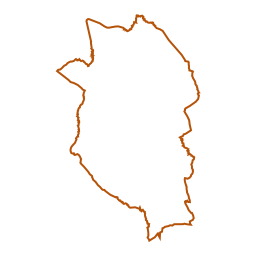 Sør-Odal nor, Hedmark, Norway (Mercator projection)
{"feature_id": "86288312B58904882216706", "entity_name": "Sør-Odal nor", "entity_type": "district", "adm_level": 2, "iso_a3": "NOR", "parent_name": "Norway", "parent_adm1": "Hedmark", "projection": "mercator", "projection_center": [11.753, 60.212], "detail": "fine", "context": "isolated", "style": "outline", "palette": "amber", "viewbox_px": 256, "rotation_deg": 0, "n_neighbors": 0, "source": "geoboundaries", "source_scale": "gbopen_adm2", "svg_char_len": 5712}
<svg xmlns="http://www.w3.org/2000/svg" viewBox="0 0 256 256"><path d="M192.0,213.0L191.1,212.9L188.7,210.1L187.3,206.9L185.6,204.0L185.0,202.1L185.0,201.6L185.4,201.2L185.9,201.0L186.5,201.6L187.2,200.8L187.8,201.7L188.4,202.0L189.9,202.1L189.7,200.2L189.0,198.2L188.5,195.6L187.0,192.3L186.9,191.3L187.0,191.0L186.6,189.5L186.6,186.7L186.1,185.8L186.2,185.3L185.8,184.7L184.9,181.4L184.7,179.0L185.0,178.1L187.7,178.7L189.6,177.7L190.8,176.4L191.1,175.0L192.4,173.6L193.0,171.2L192.7,170.2L192.9,169.9L191.9,168.0L192.0,166.3L191.3,164.4L192.2,162.9L192.7,160.2L193.8,159.4L194.2,157.2L193.7,156.7L192.7,156.6L192.1,155.7L191.4,155.7L191.4,155.2L190.1,154.1L188.6,154.5L188.9,153.8L188.5,153.4L188.9,153.3L188.6,152.7L188.8,152.2L187.7,151.3L187.8,151.1L187.5,150.7L188.3,150.4L188.0,150.0L188.3,149.2L187.8,149.1L187.2,148.4L184.4,147.4L183.8,146.2L182.9,145.8L183.7,145.1L183.4,144.5L183.5,144.0L183.4,143.4L182.4,143.2L182.3,142.1L182.0,141.8L182.1,141.5L181.9,140.9L182.4,140.7L182.6,140.1L182.4,139.0L181.2,139.5L181.2,138.7L179.9,137.4L182.9,136.0L183.8,134.3L185.6,133.8L191.0,130.3L189.6,124.1L189.2,120.3L187.3,116.3L184.4,111.5L185.1,110.0L184.9,109.3L185.5,108.4L189.9,105.9L195.8,101.7L198.1,99.1L198.9,95.5L198.4,95.1L198.3,94.5L197.8,93.8L198.4,92.7L198.9,92.6L198.5,92.1L198.3,91.0L197.2,89.2L197.5,88.4L196.8,86.7L196.7,85.7L196.1,85.2L195.3,83.7L195.3,82.3L195.0,81.4L193.2,78.4L192.1,75.7L192.3,75.3L192.3,73.1L192.9,71.9L192.6,71.7L192.6,71.3L189.4,70.4L189.5,69.5L189.1,68.8L188.9,67.8L189.0,65.8L188.7,64.7L188.7,62.3L188.4,61.7L185.3,61.1L184.8,59.7L181.7,54.9L168.8,40.1L162.7,30.9L160.0,29.3L156.6,28.1L155.2,26.6L155.3,26.0L154.6,25.8L154.5,25.4L153.9,25.1L154.1,24.7L153.2,24.1L153.2,23.4L153.1,22.7L152.8,22.5L152.2,22.4L151.3,23.0L150.7,22.5L149.0,22.8L147.5,22.3L147.0,21.6L145.8,21.6L145.5,20.7L144.6,20.5L144.6,19.7L144.0,19.7L144.2,19.2L143.9,19.2L143.7,18.4L143.1,18.4L143.1,17.8L142.9,17.8L142.9,17.3L143.3,16.7L142.2,15.7L141.0,16.0L140.5,16.5L140.0,16.1L138.7,16.5L138.1,16.3L138.0,15.5L136.7,15.4L136.5,15.9L136.6,17.2L136.0,18.5L136.2,19.9L135.9,20.6L135.9,21.8L136.2,22.6L134.1,22.2L133.9,23.7L133.5,24.8L131.9,25.8L132.2,26.2L132.2,26.8L132.4,26.9L131.3,28.2L131.3,29.1L130.6,29.5L129.8,29.3L129.4,30.2L127.6,31.2L127.1,31.1L126.9,30.4L126.1,29.9L125.4,30.2L125.3,29.5L124.6,28.9L123.9,29.2L124.0,28.5L123.2,27.8L118.4,26.4L115.6,26.5L108.9,27.7L107.0,27.6L104.5,26.4L99.8,23.3L88.9,19.1L87.8,19.2L86.7,20.1L86.5,21.4L91.1,41.7L90.9,42.1L91.0,43.4L91.7,48.1L91.3,48.6L92.5,50.1L92.9,50.0L93.1,50.6L92.3,51.3L92.9,51.5L92.7,52.0L92.8,52.4L92.4,52.4L92.6,52.7L92.3,52.9L92.6,53.3L92.0,53.8L92.4,53.9L92.4,54.2L92.6,54.4L92.3,54.8L92.8,54.6L92.8,55.0L92.5,55.2L92.9,55.5L92.6,55.6L92.8,55.9L92.6,56.2L92.7,56.4L92.4,56.4L92.7,56.7L92.4,57.3L92.7,57.3L92.9,57.8L92.7,57.9L92.9,58.0L93.1,58.6L92.8,59.1L93.0,59.3L93.0,59.9L92.3,60.8L92.5,61.4L91.4,62.3L91.0,63.2L89.6,64.2L88.8,65.2L88.6,66.0L88.0,66.1L87.7,65.1L86.9,64.1L85.8,63.8L84.8,62.4L83.9,61.9L83.7,61.3L82.7,60.6L81.1,61.1L80.4,60.6L79.5,59.3L79.1,59.8L78.7,59.6L78.0,60.0L77.9,60.3L77.2,60.4L76.2,59.1L75.8,59.1L73.9,60.9L71.8,61.6L70.6,61.5L68.4,62.6L67.2,63.4L66.4,64.6L64.1,65.8L61.8,68.2L60.3,69.5L58.2,69.8L57.1,71.1L68.6,80.0L70.6,82.1L73.6,82.9L77.8,85.0L81.6,88.2L82.6,89.5L84.8,90.5L83.6,93.3L83.6,94.5L83.2,95.1L83.4,95.9L83.6,96.0L83.7,97.3L83.9,97.3L83.8,97.7L84.1,98.5L83.7,100.4L82.6,102.7L82.6,103.4L82.4,103.8L81.6,104.5L81.0,104.6L80.0,105.9L79.8,107.5L78.8,108.1L78.2,109.8L78.1,110.7L77.7,111.1L77.8,111.9L77.4,113.1L77.9,113.9L77.5,114.3L77.9,114.6L77.5,115.4L77.6,115.8L77.3,116.2L77.7,116.3L77.9,117.3L78.5,117.7L78.1,118.3L78.4,119.3L77.9,120.1L78.9,120.8L78.6,121.3L79.0,121.6L78.5,122.3L79.1,122.7L78.6,123.7L78.6,125.0L78.0,125.5L78.3,125.8L78.2,126.6L78.5,127.4L79.0,129.3L78.6,129.7L78.9,130.1L79.1,131.4L78.4,131.7L78.6,132.1L78.4,132.6L78.6,132.9L78.7,133.6L77.9,135.1L78.1,136.5L77.3,136.6L76.2,138.0L76.0,138.5L76.5,139.2L75.0,142.8L71.9,146.2L71.0,147.8L70.7,148.9L70.5,150.2L70.7,151.4L71.4,153.1L72.9,153.6L73.8,153.3L74.0,153.4L73.9,154.2L74.2,154.7L74.9,155.0L77.4,154.1L78.8,155.0L79.8,156.4L81.1,159.2L80.9,159.6L80.7,160.9L80.7,162.0L80.4,162.7L81.0,163.7L83.8,166.5L88.5,172.1L89.7,174.1L92.0,176.0L92.2,176.7L92.1,177.2L92.5,177.8L92.6,178.5L92.9,178.8L92.9,179.1L93.2,179.8L95.6,181.9L97.9,185.1L100.2,187.1L102.0,189.3L103.0,189.9L104.4,189.9L105.2,190.9L110.2,194.7L115.6,197.3L116.2,197.0L117.5,197.3L117.6,197.6L117.4,198.1L117.7,198.4L117.8,199.0L119.3,200.5L120.2,200.4L120.4,200.6L120.3,201.1L121.4,201.7L121.6,202.2L122.4,201.9L122.9,202.3L123.0,203.2L123.4,203.7L124.0,203.9L125.5,203.3L126.5,203.7L126.9,204.0L127.0,204.5L127.5,204.7L127.5,205.2L128.3,205.4L128.3,205.9L129.0,206.9L130.1,207.7L135.3,207.3L138.5,208.5L139.5,208.5L139.9,207.6L140.1,208.2L139.9,208.6L140.1,208.9L139.9,209.8L140.1,210.3L141.0,210.5L141.4,211.2L141.8,210.9L142.0,210.1L142.8,210.4L143.0,210.1L144.0,211.6L144.8,212.0L144.6,212.4L144.9,212.8L144.9,213.4L145.1,213.8L144.9,214.6L145.2,216.5L145.4,216.7L145.3,216.9L145.7,217.8L145.7,218.0L146.1,218.7L145.9,219.1L145.9,220.0L147.1,221.0L147.1,222.1L147.6,222.7L147.4,223.4L147.5,223.7L149.1,224.1L148.7,225.1L148.9,225.5L148.7,225.9L148.8,226.4L148.3,226.5L148.3,227.1L147.4,227.8L147.7,228.1L148.3,232.6L148.4,235.8L147.6,237.5L149.0,239.5L149.3,240.6L154.9,237.2L157.9,233.3L158.4,233.3L158.1,234.6L159.8,237.7L160.0,233.9L160.3,232.3L162.0,231.7L162.5,228.2L163.6,227.9L165.0,226.8L168.4,226.1L170.1,225.3L172.5,225.5L173.8,224.4L174.8,224.2L181.1,224.2L183.5,224.1L184.3,223.7L187.2,224.3L190.8,224.7L190.1,223.6L189.8,221.5L192.9,219.8L193.7,218.1L193.2,215.7L192.0,213.0Z" fill="none" stroke="#b45309" stroke-width="2"/></svg>